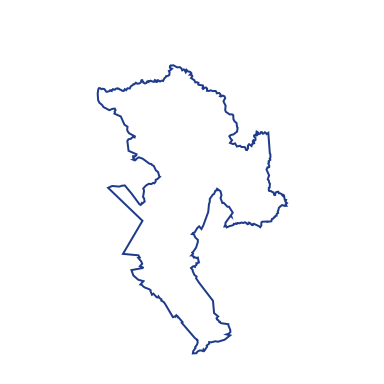 Actopan, Hidalgo, Mexico (Natural Earth projection), rotated 324°
{"feature_id": "50627088B28415478527281", "entity_name": "Actopan", "entity_type": "district", "adm_level": 2, "iso_a3": "MEX", "parent_name": "Mexico", "parent_adm1": "Hidalgo", "projection": "natural_earth1", "projection_center": [-98.884, 20.309], "detail": "fine", "context": "isolated", "style": "outline", "palette": "blue", "viewbox_px": 384, "rotation_deg": 324, "n_neighbors": 0, "source": "geoboundaries", "source_scale": "gbopen_adm2", "svg_char_len": 6047}
<svg xmlns="http://www.w3.org/2000/svg" viewBox="0 0 384 384"><g transform="rotate(324 192 192)"><path d="M259.1,105.3L259.6,103.0L258.2,99.2L260.3,98.6L260.5,97.1L259.2,95.9L261.3,95.4L261.1,93.6L259.7,92.3L259.3,89.7L258.7,89.9L257.9,91.2L257.3,91.5L257.7,88.6L257.4,88.0L255.6,87.8L256.1,85.7L255.5,83.8L253.3,82.5L251.3,78.4L250.0,77.9L249.3,77.1L248.2,77.2L247.2,78.4L248.2,80.5L247.0,80.4L246.4,80.8L244.4,80.5L244.2,82.0L242.4,84.0L241.1,84.0L239.0,83.1L238.5,83.6L236.8,83.7L233.8,85.2L233.2,84.2L231.1,83.8L230.2,81.5L229.7,81.4L229.0,82.4L227.9,82.2L227.6,81.5L228.1,80.2L227.8,79.7L226.7,80.7L226.0,80.5L226.0,80.0L225.1,79.6L223.9,77.6L223.2,77.7L222.0,76.6L221.4,77.4L220.4,76.3L219.3,77.0L217.8,76.6L216.9,74.9L217.4,74.2L217.0,73.2L217.5,72.3L217.1,71.9L216.5,72.0L215.6,73.1L213.5,73.3L211.4,72.3L210.8,70.6L208.8,71.0L207.9,70.3L206.9,70.7L204.6,70.5L202.5,71.7L200.8,70.2L198.6,70.9L198.1,69.3L196.1,70.1L194.8,68.7L194.7,67.7L193.9,66.8L193.5,65.4L192.8,65.1L192.8,64.4L191.1,63.7L189.7,63.9L188.5,62.4L187.9,62.8L186.9,62.3L186.3,63.0L185.5,61.6L184.7,61.9L182.0,60.9L181.6,60.4L181.6,57.3L180.5,56.0L179.1,55.5L178.6,53.9L177.8,53.3L176.6,53.8L173.5,57.0L170.1,62.4L169.5,65.2L170.4,68.6L170.3,71.2L173.2,77.2L176.6,78.0L178.6,79.2L178.3,80.8L176.6,81.5L176.3,82.5L175.3,83.0L178.8,89.1L176.9,97.8L178.2,101.3L176.2,103.4L175.6,105.2L175.7,107.7L178.5,113.4L177.7,114.1L176.4,112.7L173.7,113.0L171.6,112.0L169.7,112.7L164.9,121.4L169.3,128.9L168.9,129.4L167.2,129.7L165.7,128.6L165.5,129.3L165.0,129.2L165.0,130.0L164.5,130.0L164.6,130.7L163.8,131.2L164.2,131.9L163.6,131.6L164.3,132.7L163.5,133.0L166.4,132.5L169.4,132.7L171.7,136.1L174.2,144.1L175.6,145.7L175.5,146.7L176.4,148.4L175.5,153.3L176.3,155.9L174.7,160.1L175.0,160.8L171.5,161.2L169.9,160.8L168.5,162.3L166.6,162.8L165.9,161.8L163.8,161.7L161.9,160.0L158.6,159.7L154.6,160.5L154.1,162.4L153.4,163.4L149.4,167.3L149.5,168.9L148.1,171.9L144.8,172.1L144.8,171.5L142.9,172.3L142.3,171.2L142.2,158.1L141.5,147.2L138.9,145.7L136.4,144.9L130.9,140.2L126.6,139.3L135.0,186.2L99.8,201.5L111.4,211.7L111.2,214.2L109.8,213.7L110.1,218.3L109.5,220.8L106.3,221.4L107.9,224.2L107.4,224.5L97.1,219.6L95.5,225.0L96.9,231.3L100.3,235.6L95.9,236.5L96.9,238.0L97.0,239.7L97.9,241.9L100.2,245.4L100.8,247.1L100.1,247.9L99.2,251.6L101.0,251.6L101.6,256.5L102.4,257.2L103.5,256.7L103.4,258.7L104.2,260.9L103.3,261.8L104.4,264.1L104.5,266.1L103.0,282.1L105.2,282.6L105.2,283.0L106.8,282.5L106.9,284.6L107.3,284.4L107.9,291.7L106.8,291.8L108.5,312.1L109.3,314.3L108.9,314.8L109.3,315.3L107.9,317.3L106.4,318.4L103.3,319.4L103.2,320.2L99.6,321.4L97.8,323.1L100.8,325.0L102.6,324.3L105.0,324.7L106.5,325.8L107.4,327.2L108.7,326.2L108.8,327.6L113.3,326.0L113.6,324.9L116.6,324.8L117.7,323.5L119.1,324.9L123.2,326.5L125.0,328.4L131.6,330.7L138.6,330.4L136.2,327.5L138.6,328.2L140.7,327.9L141.9,326.0L143.0,321.5L143.7,320.3L138.5,315.3L138.1,314.4L138.4,313.5L137.7,313.1L137.9,311.2L137.3,309.8L137.7,308.5L139.0,308.5L139.1,308.9L139.2,308.2L140.0,308.1L138.7,302.9L145.0,292.4L144.4,269.7L144.6,264.2L146.0,263.1L145.2,260.5L146.1,256.3L146.7,255.6L146.5,252.9L149.3,252.8L150.3,254.2L150.7,253.6L152.5,253.7L153.7,252.3L154.1,252.9L154.9,253.0L155.9,252.4L156.3,252.8L158.1,248.5L157.0,248.3L156.5,247.2L155.9,247.0L155.6,245.8L155.0,245.9L155.1,243.6L154.3,243.0L156.6,242.6L156.6,241.1L158.1,241.0L162.6,239.4L167.2,236.0L168.6,234.2L167.9,230.6L168.6,227.9L168.3,227.0L167.3,226.1L168.7,225.7L170.3,226.3L175.0,224.3L177.6,224.0L177.9,227.5L181.5,225.7L193.4,217.7L198.7,211.7L200.5,210.5L202.3,208.1L207.1,206.4L208.8,206.5L211.7,204.7L213.9,205.6L213.9,204.2L214.2,204.1L215.5,208.1L214.0,211.9L211.5,213.7L210.1,218.8L211.1,219.2L211.4,219.9L212.0,224.7L213.3,225.7L212.8,232.7L209.8,233.7L209.4,235.1L209.1,233.9L201.0,236.6L200.1,237.8L198.1,239.0L199.6,239.9L199.3,241.0L202.4,241.7L205.1,242.8L206.1,242.9L207.0,242.4L207.3,243.0L208.3,243.0L209.1,243.8L209.4,243.5L209.9,244.1L210.7,243.9L212.1,245.3L213.9,245.7L215.4,247.3L217.0,247.6L218.0,249.3L217.7,249.7L218.1,250.8L219.8,251.1L220.2,250.4L220.6,250.8L221.1,254.1L221.8,254.5L222.6,253.8L223.3,254.0L226.1,259.0L226.5,260.6L228.3,259.9L230.3,257.4L231.3,257.3L235.7,260.2L235.5,260.5L239.0,262.3L240.9,260.8L242.3,261.3L243.2,260.7L244.2,261.0L245.4,260.4L246.5,260.9L247.7,259.5L249.3,259.6L250.0,258.0L251.5,257.3L252.6,256.1L253.8,255.7L257.2,255.5L258.9,257.8L260.3,258.7L260.6,256.9L262.3,256.8L261.9,254.6L263.4,253.7L262.5,252.8L264.4,248.8L264.2,248.2L263.3,248.7L263.1,247.5L263.4,246.7L262.6,245.0L261.5,244.0L262.0,242.5L260.2,241.6L258.5,242.2L257.5,243.3L257.0,243.1L256.8,242.6L257.7,240.2L256.9,239.2L256.6,238.0L255.1,236.5L255.0,236.0L256.6,233.8L257.4,234.0L260.0,231.0L259.9,229.8L260.8,228.1L260.7,226.3L264.1,223.9L265.5,217.6L267.6,216.4L268.3,217.1L269.1,217.2L270.0,216.0L270.5,213.7L271.7,213.4L272.0,212.2L274.3,212.0L274.5,210.6L275.7,210.2L277.6,207.5L277.6,206.6L288.5,189.0L286.4,189.0L286.5,187.4L286.1,186.5L284.3,186.8L283.6,186.5L283.7,184.7L283.0,184.1L281.6,184.9L280.5,184.5L280.2,182.0L279.8,181.1L278.3,182.6L278.3,183.3L279.1,184.0L278.7,184.2L277.6,184.3L276.5,182.9L275.4,182.8L274.8,183.8L275.2,185.3L274.0,187.2L273.0,187.3L272.2,186.2L271.1,186.6L270.6,187.3L271.3,188.4L271.0,189.1L268.8,188.6L267.2,189.8L266.3,186.9L264.5,187.4L263.1,189.5L261.2,190.4L260.4,189.5L261.3,187.4L260.9,186.5L258.5,184.7L258.0,182.8L255.1,181.6L255.4,177.9L253.4,177.4L251.6,174.6L254.9,173.6L254.6,171.7L255.0,168.8L256.9,168.7L259.4,169.8L264.0,169.6L266.7,166.8L266.7,165.8L268.6,162.4L268.0,159.9L268.3,157.5L270.5,154.1L270.1,152.8L268.1,151.4L266.5,147.0L267.1,145.1L269.9,142.0L270.6,137.7L271.1,136.9L274.0,135.6L274.5,133.7L273.6,132.1L271.5,131.7L271.0,131.0L271.9,130.7L272.4,129.9L272.2,127.9L270.1,126.7L270.6,124.7L270.3,124.0L268.3,122.7L266.9,120.8L265.1,120.2L263.6,118.9L265.0,117.2L264.8,115.8L264.1,115.3L261.5,115.2L261.5,114.1L263.0,113.3L263.4,112.2L260.4,109.2L260.3,108.5L261.4,107.4L260.4,106.0L259.1,105.3Z" fill="none" stroke="#1e3a8a" stroke-width="2"/></g></svg>